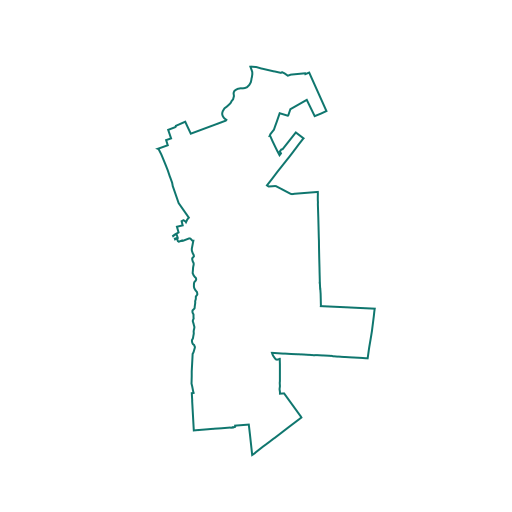 Urziceni, Ialomita, Romania, rotated 135°
{"feature_id": "2599482B56726555182080", "entity_name": "Urziceni", "entity_type": "district", "adm_level": 2, "iso_a3": "ROU", "parent_name": "Romania", "parent_adm1": "Ialomita", "projection": "albers", "projection_center": [26.651, 44.737], "detail": "fine", "context": "isolated", "style": "outline", "palette": "teal", "viewbox_px": 512, "rotation_deg": 135, "n_neighbors": 0, "source": "geoboundaries", "source_scale": "gbopen_adm2", "svg_char_len": 5911}
<svg xmlns="http://www.w3.org/2000/svg" viewBox="0 0 512 512"><g transform="rotate(135 256 256)"><path d="M423.2,176.7L423.3,176.6L419.9,173.8L419.8,173.6L419.6,173.5L413.0,167.9L409.3,164.8L408.1,163.7L407.8,163.5L407.3,163.1L402.6,158.9L395.6,153.0L395.2,152.3L394.0,151.3L393.8,151.1L393.5,151.4L392.4,150.4L392.2,150.3L392.1,150.2L391.8,150.0L391.7,150.0L391.3,150.1L391.2,150.2L390.7,150.8L380.3,141.9L385.2,135.7L386.3,134.3L399.4,118.0L396.4,117.4L395.2,117.4L391.0,116.9L386.7,116.4L385.9,116.3L382.8,115.8L378.0,115.1L373.2,114.5L370.6,114.0L370.3,114.0L368.1,113.7L353.4,111.8L342.6,110.3L338.1,109.7L337.8,110.7L337.3,114.0L333.3,139.0L336.4,141.7L335.6,142.5L335.0,143.2L333.5,145.2L332.6,145.9L331.4,146.8L330.7,147.5L329.4,149.0L328.7,149.7L327.6,150.6L322.2,156.0L315.8,162.4L311.9,166.5L312.0,166.6L312.3,166.7L313.2,167.0L314.0,167.5L314.5,167.9L315.0,168.7L315.0,168.9L315.0,170.1L314.5,172.9L314.2,174.0L313.4,175.8L313.2,176.2L312.8,175.8L306.1,168.1L304.6,166.6L301.2,162.7L298.2,159.4L296.7,157.8L295.9,156.9L295.0,156.0L294.0,154.8L293.0,153.8L292.2,152.9L291.3,151.9L290.9,151.4L290.5,151.0L290.0,150.4L289.5,149.8L288.5,148.7L287.7,147.9L287.2,147.2L286.6,146.5L286.1,146.0L285.3,144.9L284.8,144.4L284.5,144.3L283.8,143.6L283.5,143.3L282.7,142.5L282.1,141.8L279.7,139.1L278.3,137.6L274.6,133.5L273.8,132.5L273.4,132.2L272.9,131.5L272.6,130.9L272.0,130.1L271.2,129.3L270.6,128.5L270.0,127.8L269.2,126.9L268.5,126.2L267.7,125.3L266.8,124.2L265.3,122.5L263.9,121.0L261.1,117.8L258.2,114.6L253.6,109.5L250.7,106.1L249.4,104.7L247.0,106.5L242.1,110.2L240.2,111.6L236.1,114.5L231.6,117.7L227.3,120.8L215.3,130.1L211.7,133.0L209.6,134.6L209.3,134.8L217.3,143.6L226.2,153.4L226.6,153.9L226.8,154.1L230.9,158.6L245.6,174.7L245.2,175.0L243.4,176.9L241.1,179.3L237.1,183.5L233.7,187.4L233.8,187.5L229.5,192.2L229.6,192.3L229.2,192.6L228.0,193.8L226.0,195.9L222.4,199.7L219.8,202.4L212.4,210.2L205.3,217.6L200.8,222.2L198.3,224.9L194.2,229.2L184.8,239.1L178.6,245.7L175.6,248.9L174.2,250.2L172.6,252.0L170.3,254.3L168.3,256.2L167.0,257.6L184.8,272.8L186.1,273.7L187.1,274.7L187.6,275.6L192.5,291.3L193.3,292.2L195.3,293.9L197.9,296.2L198.2,297.5L198.3,298.2L194.1,298.7L190.0,299.2L181.4,300.4L165.7,302.2L164.7,302.3L162.8,302.5L159.7,302.9L155.9,303.4L154.0,303.7L152.3,303.9L147.0,304.7L143.7,305.1L139.6,305.6L139.2,305.6L140.5,315.2L161.7,312.7L162.7,313.4L165.2,313.1L165.8,310.9L168.1,310.6L166.8,314.9L165.1,319.9L163.1,325.6L161.1,330.8L161.0,331.1L161.3,331.3L159.9,331.9L159.6,332.0L157.9,332.2L154.4,332.6L154.1,332.6L150.6,334.3L146.3,336.3L138.3,340.2L134.3,332.7L133.9,332.6L133.4,332.8L127.9,335.5L109.7,330.5L115.6,313.4L109.2,310.7L103.7,308.7L88.7,348.1L92.5,349.7L92.1,350.5L103.1,359.6L106.0,361.0L106.7,365.0L107.6,367.5L108.9,367.9L112.3,373.3L112.8,373.9L119.3,384.3L119.5,384.5L122.1,389.3L125.5,393.3L126.1,393.8L127.6,390.6L128.5,388.8L130.0,387.2L132.4,385.4L133.6,384.7L134.8,383.8L136.9,382.5L139.0,381.9L139.8,381.7L141.2,381.7L142.6,381.7L143.0,381.7L143.7,382.0L145.0,382.6L145.6,383.0L146.2,383.4L147.3,384.4L148.2,385.4L150.7,387.1L152.9,387.8L154.5,388.0L155.9,387.5L156.8,386.9L158.5,384.7L161.4,383.0L163.7,382.8L165.5,382.2L166.7,382.1L167.7,382.1L169.8,382.2L171.3,382.3L173.7,382.7L174.8,382.5L175.5,382.3L177.1,381.9L177.5,381.7L178.4,381.2L179.1,380.7L179.9,379.8L180.5,378.6L180.8,377.5L181.0,376.5L181.0,375.2L180.7,373.2L181.3,373.1L181.7,373.1L215.6,388.6L212.8,396.4L211.1,401.0L220.6,404.7L221.2,404.2L221.5,404.3L221.8,404.3L222.2,404.3L228.9,407.3L232.9,399.2L237.6,401.5L240.1,396.7L249.4,401.1L249.6,401.2L249.3,400.4L251.1,394.9L252.2,392.2L255.8,383.6L257.9,378.8L260.7,373.2L261.2,372.0L263.5,367.1L265.5,364.2L266.1,362.9L269.7,355.5L273.3,348.1L276.4,330.6L278.1,330.5L278.9,330.4L279.4,330.2L281.6,329.4L281.4,330.2L281.6,330.8L281.8,332.0L282.0,332.6L284.0,333.2L286.2,329.5L291.2,332.6L294.1,327.4L294.5,327.5L295.6,327.8L296.8,328.2L297.9,328.5L299.0,328.7L300.4,328.9L300.5,328.6L299.1,328.5L298.3,328.3L297.6,328.1L296.7,327.8L298.5,324.2L299.3,324.7L301.1,325.6L301.4,325.0L300.3,324.7L299.5,324.3L300.7,321.8L300.5,320.7L297.4,319.3L297.6,318.9L296.9,318.4L290.8,315.7L290.7,315.6L290.4,315.2L290.2,314.9L290.1,314.7L290.1,314.3L290.1,313.9L290.1,313.2L290.2,312.2L290.1,311.9L290.0,311.6L289.5,311.1L291.6,309.7L292.9,308.8L296.3,306.5L296.9,305.9L297.6,305.1L298.3,303.7L298.9,302.4L299.2,301.1L299.4,300.8L299.8,300.1L300.1,299.7L300.7,299.6L302.0,299.5L302.7,299.5L302.9,299.3L303.5,298.7L303.8,298.2L304.7,296.6L304.9,295.6L305.6,294.5L306.4,293.8L307.4,293.2L308.8,292.2L310.5,290.7L312.4,289.1L312.9,288.7L313.2,287.9L313.8,286.4L314.1,284.3L314.1,284.0L314.0,283.3L314.1,283.0L314.3,282.5L314.7,281.9L315.3,281.5L315.9,281.3L316.2,281.2L316.8,281.2L317.7,281.2L318.5,280.9L319.2,280.5L320.4,279.4L321.6,278.2L322.3,277.1L322.9,275.3L323.2,273.0L323.2,272.4L323.4,272.0L323.6,271.7L324.3,270.7L324.7,270.3L325.0,270.2L325.6,270.1L327.1,269.9L327.3,269.8L328.3,268.8L328.6,268.5L329.1,268.1L330.9,267.1L331.7,266.3L332.0,265.9L335.2,263.5L335.4,263.3L336.2,262.6L336.8,262.4L339.2,262.4L339.5,262.3L340.4,261.5L340.7,261.1L341.1,260.3L341.4,259.2L341.8,258.5L342.3,258.1L343.4,257.0L344.3,255.9L346.0,255.2L346.7,254.7L347.1,254.1L347.4,253.4L347.7,253.0L347.9,252.5L348.2,252.0L348.6,251.4L349.1,250.5L349.6,249.6L350.0,249.1L351.6,248.0L352.2,247.7L353.6,246.6L354.6,245.4L355.2,244.9L356.8,243.8L358.2,242.8L358.5,242.6L358.8,242.4L359.3,242.2L360.5,241.9L361.0,241.6L361.4,241.2L361.8,240.7L362.3,239.9L362.6,239.3L362.9,238.3L362.7,236.8L362.9,236.3L363.2,235.8L363.4,235.1L363.7,234.7L364.3,234.3L367.9,232.3L368.9,231.9L369.6,231.7L370.0,231.6L373.2,228.7L378.1,224.3L382.0,220.8L382.9,220.0L386.5,216.4L390.3,212.8L391.8,211.4L392.6,210.1L393.2,209.1L394.0,207.9L396.3,204.5L396.9,203.3L397.3,203.5L398.4,204.4L403.3,198.9L403.5,198.8L423.1,176.9L423.2,176.7Z" fill="none" stroke="#0f766e" stroke-width="2"/></g></svg>